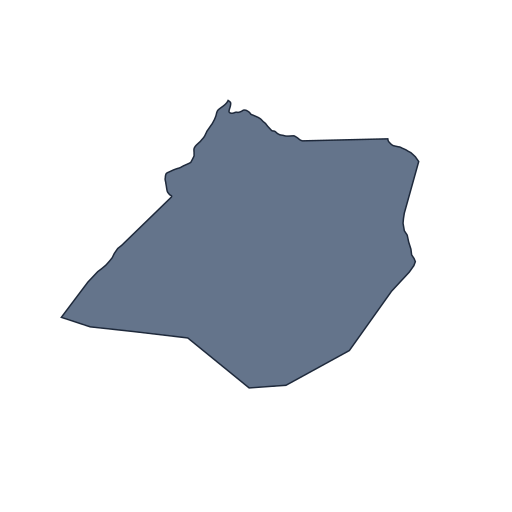 Santa Lucia, Francisco Morazán, Honduras, rotated 227°
{"feature_id": "27666195B58255966540050", "entity_name": "Santa Lucia", "entity_type": "district", "adm_level": 2, "iso_a3": "HND", "parent_name": "Honduras", "parent_adm1": "Francisco Morazán", "projection": "robinson", "projection_center": [-87.068, 14.129], "detail": "fine", "context": "isolated", "style": "filled", "palette": "slate", "viewbox_px": 512, "rotation_deg": 227, "n_neighbors": 0, "source": "geoboundaries", "source_scale": "gbopen_adm2", "svg_char_len": 5701}
<svg xmlns="http://www.w3.org/2000/svg" viewBox="0 0 512 512"><g transform="rotate(227 256 256)"><path d="M388.8,341.7L388.6,341.2L388.4,340.7L388.3,340.1L388.1,339.7L388.1,339.4L388.0,339.1L388.0,338.8L388.0,338.6L387.9,337.4L387.9,335.5L388.0,335.1L388.0,334.5L388.1,333.7L388.3,332.1L388.4,331.2L388.5,330.1L388.6,329.6L388.6,328.7L388.6,328.2L388.6,327.9L388.6,327.7L388.6,327.4L388.5,327.2L388.4,326.9L388.4,326.7L388.3,326.4L387.9,325.6L387.8,325.4L387.5,324.8L387.2,324.4L386.9,323.9L386.6,323.5L386.3,323.0L386.1,322.7L385.9,322.4L385.8,322.2L385.6,321.8L385.3,321.2L385.1,320.7L384.8,320.2L384.4,319.2L384.2,318.8L383.8,317.8L383.7,317.3L383.5,316.8L383.0,315.4L382.6,314.0L382.4,313.4L382.4,313.0L380.8,305.6L380.7,305.1L380.6,304.9L380.5,304.7L380.4,304.4L380.2,304.0L379.9,303.3L379.8,302.9L379.6,302.4L379.1,301.2L378.7,300.1L378.7,299.9L378.6,299.5L378.5,299.3L378.4,298.8L378.2,297.4L378.1,296.2L378.0,295.2L377.8,293.8L377.8,293.2L377.7,292.8L377.8,292.5L377.8,291.4L377.8,290.9L377.8,290.3L377.8,289.4L377.8,288.5L377.8,288.0L377.7,287.4L377.7,286.8L377.6,286.4L377.5,286.0L377.4,285.6L377.4,285.4L377.3,285.1L377.2,284.8L377.0,284.5L376.9,284.2L376.6,283.7L376.4,283.5L376.2,283.2L375.6,282.7L375.2,282.3L374.3,281.6L373.7,281.1L373.0,280.4L372.2,279.7L371.9,279.5L371.7,279.2L371.4,278.8L371.0,278.0L370.7,277.1L370.3,276.1L370.1,275.5L369.7,274.4L369.5,273.8L369.3,273.2L369.1,272.6L369.0,272.3L369.0,272.1L369.0,271.9L369.1,271.3L369.2,271.1L369.3,270.8L369.5,269.9L369.8,269.2L370.1,268.2L370.5,267.1L371.1,265.3L371.4,264.6L371.5,264.1L371.7,263.3L371.8,262.8L372.0,262.2L372.0,261.8L372.2,261.3L372.3,261.0L372.4,260.7L372.6,260.1L372.9,259.5L373.4,258.6L373.7,258.0L373.9,257.5L374.5,256.2L375.0,254.9L375.3,254.2L376.1,251.7L377.0,249.0L377.2,248.5L377.3,248.1L377.4,247.7L377.5,247.2L377.5,246.9L377.5,246.7L377.4,246.3L377.4,246.2L377.1,245.7L377.0,245.4L376.8,245.1L376.6,244.8L376.3,244.4L376.0,244.0L375.3,243.3L375.0,242.9L374.7,242.5L374.2,242.0L373.9,241.7L373.6,241.5L373.3,241.3L372.5,240.8L371.4,240.2L370.9,239.8L368.3,238.1L367.3,237.4L365.8,236.4L365.5,236.2L364.8,235.8L364.4,235.5L364.0,235.3L363.7,235.2L363.2,235.0L362.8,234.9L362.2,234.8L361.6,234.8L361.3,234.7L360.9,234.7L360.3,234.7L359.6,234.7L359.4,234.7L359.1,234.8L358.8,234.9L358.6,235.0L358.4,235.1L358.2,235.1L357.9,235.2L357.6,235.2L357.4,235.2L357.2,235.0L357.1,234.9L357.0,234.7L356.9,234.6L356.8,234.3L355.4,165.2L355.8,160.0L354.5,154.1L352.8,149.7L352.2,145.6L351.7,140.0L352.0,134.3L352.5,129.7L351.6,115.4L343.9,71.8L317.3,86.4L283.7,115.4L242.6,150.2L164.2,161.0L141.0,189.8L123.2,259.8L137.8,331.1L139.7,357.2L141.3,364.9L143.2,368.7L146.4,369.9L150.7,370.6L155.4,374.0L162.1,377.2L168.1,380.8L173.3,381.7L179.7,385.9L182.9,389.5L186.2,393.7L214.1,439.4L219.3,440.1L219.5,440.2L219.9,440.2L221.5,440.1L223.1,440.0L224.2,439.9L225.2,439.8L225.6,439.8L226.1,439.7L227.5,439.2L228.1,439.0L228.9,438.7L229.7,438.5L230.9,438.2L231.6,438.0L232.0,437.8L232.3,437.7L233.2,437.3L233.7,437.1L234.2,436.9L234.5,436.7L235.3,436.4L236.5,436.0L236.7,435.9L237.0,435.8L237.2,435.7L237.4,435.6L237.8,435.4L238.9,434.5L239.5,434.1L240.1,433.7L241.2,432.9L242.3,432.2L242.7,431.9L243.3,431.6L243.5,431.5L243.7,431.4L244.0,431.3L244.9,431.2L245.3,431.1L246.1,431.0L246.9,431.0L247.5,431.0L247.9,431.0L248.9,431.0L249.5,431.1L249.9,431.2L250.2,431.3L250.4,431.4L250.9,431.7L251.1,431.8L251.5,432.1L251.8,432.3L308.6,368.4L308.9,368.3L309.3,368.1L309.5,367.9L309.9,367.7L310.5,367.5L310.9,367.4L311.3,367.3L312.5,367.1L313.1,367.1L313.5,367.0L314.6,366.8L316.1,366.4L316.8,366.2L317.6,365.9L317.9,365.8L318.0,365.7L318.3,365.4L319.1,364.5L319.6,363.9L320.9,362.3L321.5,361.6L322.0,361.0L322.5,360.5L322.6,360.4L322.8,360.2L323.0,360.0L323.4,359.6L323.7,359.4L324.9,358.6L325.8,358.1L326.6,357.4L327.7,356.6L328.0,356.4L328.4,356.1L328.6,356.0L328.9,355.9L329.8,355.6L330.3,355.4L331.1,355.2L331.6,355.1L331.9,355.1L332.2,355.1L332.8,355.0L333.4,355.0L333.9,354.9L334.0,354.9L334.4,354.7L334.8,354.6L335.0,354.4L335.4,354.1L335.5,354.0L335.7,353.9L335.9,353.7L336.0,353.6L336.2,353.4L336.5,353.2L336.9,353.1L337.1,353.0L337.4,353.0L338.9,353.0L340.7,353.0L342.8,353.0L343.4,353.0L343.7,353.1L344.1,353.1L345.3,353.2L345.8,353.3L346.5,353.3L346.9,353.3L347.2,353.2L347.7,353.2L348.3,353.1L348.7,353.0L349.5,352.9L349.9,352.9L350.7,352.9L351.8,352.9L352.4,352.9L353.1,352.8L353.7,352.7L354.1,352.6L354.5,352.5L355.2,352.3L355.9,352.1L356.8,351.7L357.8,351.3L359.6,350.5L360.8,350.0L362.0,349.4L362.3,349.2L362.7,349.1L362.9,349.0L363.1,349.0L363.3,348.9L363.5,349.0L364.0,349.0L364.6,349.1L364.9,349.1L365.3,349.1L365.5,349.1L365.9,349.1L366.7,348.9L367.2,348.8L367.7,348.7L368.5,348.4L369.0,348.3L369.2,348.1L369.5,348.0L369.8,347.8L370.0,347.6L370.5,347.2L371.0,346.7L371.1,346.4L371.2,346.2L371.3,346.0L371.4,345.7L371.5,345.3L371.5,344.9L371.6,344.6L371.7,344.2L371.8,343.8L372.0,343.3L372.2,342.8L372.3,342.5L372.5,342.1L372.7,341.7L372.8,341.4L373.0,341.2L373.3,340.8L373.5,340.6L373.7,340.4L374.0,340.2L374.4,339.9L374.6,339.7L374.9,339.3L375.1,339.0L375.1,338.9L375.3,338.6L375.4,338.4L375.5,338.0L375.6,337.7L375.8,337.4L375.8,337.2L376.0,336.9L376.1,336.7L376.4,336.2L376.6,336.0L376.9,335.6L377.2,335.4L377.4,335.2L377.5,335.1L377.9,334.8L378.0,334.8L378.3,334.7L378.5,334.6L378.9,334.5L379.1,334.5L379.3,334.5L379.6,334.6L379.8,334.6L380.1,334.8L380.3,334.9L380.4,335.0L380.5,335.2L380.9,335.8L381.3,336.4L381.7,337.0L382.0,337.6L383.0,339.3L383.2,339.6L383.5,340.0L384.0,340.6L384.1,340.8L384.3,341.0L384.5,341.2L384.8,341.5L385.0,341.7L385.2,341.8L385.5,342.0L385.9,342.1L386.0,342.1L386.6,342.1L387.9,341.9L388.5,341.8L388.8,341.7Z" fill="#64748b" stroke="#1e293b" stroke-width="1.5"/></g></svg>